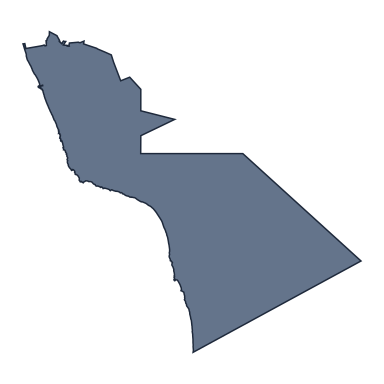 outline of Playas de Rosarito, Baja California, Mexico
{"feature_id": "50627088B91471061308984", "entity_name": "Playas de Rosarito", "entity_type": "district", "adm_level": 2, "iso_a3": "MEX", "parent_name": "Mexico", "parent_adm1": "Baja California", "projection": "orthographic", "projection_center": [-116.976, 32.258], "detail": "fine", "context": "isolated", "style": "filled", "palette": "slate", "viewbox_px": 384, "rotation_deg": 0, "n_neighbors": 0, "source": "geoboundaries", "source_scale": "gbopen_adm2", "svg_char_len": 5479}
<svg xmlns="http://www.w3.org/2000/svg" viewBox="0 0 384 384"><path d="M361.0,261.0L242.8,153.6L140.7,153.6L140.8,135.7L174.7,119.4L140.8,110.8L140.8,89.3L129.7,77.2L120.7,80.8L113.6,62.2L111.3,54.9L105.0,52.1L97.9,49.1L97.3,48.8L96.7,48.3L87.9,45.4L83.6,43.9L84.0,41.1L80.1,42.7L78.6,42.4L78.4,42.2L69.4,43.0L69.0,45.6L69.2,46.1L68.2,46.2L67.4,46.1L67.0,45.9L67.2,45.5L66.9,45.5L66.4,45.3L64.5,45.2L63.4,45.0L65.7,41.5L63.7,41.3L63.4,41.1L61.8,43.3L62.1,43.5L61.9,43.8L59.4,41.6L59.8,41.2L59.4,40.8L59.3,40.6L59.4,40.2L57.4,36.6L57.2,36.4L57.0,35.7L49.4,31.7L49.3,35.3L47.1,38.9L47.0,39.9L46.1,40.8L46.4,41.0L46.2,41.3L46.3,41.4L46.2,42.6L46.4,42.6L46.3,44.7L46.4,45.5L45.0,45.9L44.1,45.0L43.2,45.4L41.0,45.9L25.9,48.5L24.8,43.6L23.0,43.9L23.5,45.3L23.8,46.4L24.8,49.8L26.1,53.7L26.3,54.5L26.3,56.2L27.3,59.8L28.4,61.6L30.3,65.3L30.8,66.0L31.9,68.7L32.2,69.2L32.4,70.2L33.1,71.5L33.4,72.1L33.9,72.9L34.2,73.7L35.1,74.7L35.4,75.1L36.4,76.8L37.1,78.0L38.1,80.0L38.8,81.8L39.3,82.9L39.4,83.2L39.8,85.3L39.7,85.7L39.3,85.8L38.8,85.9L38.4,86.1L38.2,86.5L38.1,86.8L38.2,87.0L38.5,87.4L39.2,87.8L39.4,87.6L38.5,87.0L38.4,86.9L38.5,86.5L38.6,86.4L39.0,86.2L40.8,85.8L42.6,85.2L42.7,85.7L38.9,86.6L38.9,86.8L39.5,86.8L39.8,86.8L40.6,87.3L40.8,87.6L40.8,87.9L40.7,88.2L40.4,88.3L39.9,88.0L40.9,88.9L41.8,89.0L42.2,90.0L41.8,90.3L42.4,90.2L42.2,89.4L42.3,89.4L42.5,90.0L42.8,90.3L43.0,91.1L43.0,91.8L43.4,92.8L43.6,93.8L44.1,95.1L44.3,96.2L45.2,99.0L45.4,99.3L46.3,101.9L47.3,104.3L47.5,104.6L47.5,104.9L47.8,105.3L48.7,107.7L49.7,109.8L50.2,111.1L51.3,113.2L51.6,114.1L52.2,115.1L52.8,116.3L53.2,117.7L53.6,118.4L53.8,119.1L54.3,120.2L55.0,121.0L55.8,123.0L56.0,123.3L56.4,124.2L56.8,126.0L57.2,127.1L57.6,127.8L58.1,129.1L58.8,130.1L58.7,130.6L58.6,130.9L58.4,131.0L58.5,131.2L58.9,131.5L59.0,131.8L58.8,132.4L58.8,132.5L58.6,132.8L58.7,133.1L58.6,133.4L59.3,133.3L59.9,134.0L59.7,134.2L59.7,134.5L59.8,134.8L60.1,135.2L60.4,135.3L60.3,135.8L60.3,136.0L60.3,136.7L60.1,137.0L59.9,137.0L59.9,137.5L60.0,137.7L59.9,137.7L59.8,137.9L59.7,138.1L59.9,138.4L60.3,138.4L60.5,138.6L60.7,138.9L60.8,139.3L60.7,139.5L60.6,139.9L60.8,140.1L60.6,140.5L60.7,140.9L60.8,140.9L60.9,141.1L61.2,141.1L61.4,141.1L61.8,140.9L62.0,141.3L61.9,141.6L62.0,141.8L62.3,142.0L62.3,142.5L62.5,142.8L62.6,143.0L62.9,144.7L63.6,147.1L63.5,147.6L63.4,147.5L63.1,147.6L63.3,148.0L63.3,148.6L63.8,149.2L63.8,149.4L63.6,149.8L64.4,150.0L64.5,150.1L64.9,150.2L65.2,150.8L65.3,150.9L65.3,151.3L65.7,152.0L65.6,152.3L66.5,153.4L66.6,153.7L66.3,154.2L66.4,154.4L66.6,154.6L66.8,155.0L66.9,155.6L66.9,156.1L66.9,156.4L67.6,157.5L67.7,157.9L67.4,158.8L67.1,159.4L67.1,159.7L67.3,160.1L67.7,160.6L67.4,161.2L67.4,162.7L67.9,163.9L68.3,164.6L68.3,165.7L69.4,167.6L71.3,169.7L71.4,170.3L71.7,170.5L72.1,170.3L71.8,169.8L72.4,169.5L73.4,169.7L74.8,171.3L74.8,172.0L74.6,172.3L75.1,173.0L75.1,174.1L75.6,174.5L76.3,174.5L77.7,175.5L79.3,178.0L79.2,180.3L79.8,181.0L80.2,181.8L80.8,181.9L81.0,181.5L81.2,181.4L81.5,181.5L82.2,182.2L83.0,182.7L83.3,182.8L83.6,182.2L84.0,181.9L84.8,181.5L85.8,180.8L87.7,181.0L88.7,181.6L90.7,181.6L91.8,182.0L93.6,184.0L95.2,184.6L95.5,185.5L96.1,186.0L96.8,186.1L97.3,186.1L97.6,186.0L98.1,186.1L99.0,186.4L99.3,186.7L100.5,187.1L100.7,187.4L100.9,187.3L101.2,186.9L101.7,187.1L102.4,187.4L102.6,187.8L103.5,188.3L103.4,188.5L103.8,188.5L104.6,188.1L106.8,188.7L107.3,188.8L109.3,189.6L109.8,190.2L110.0,190.5L110.5,190.7L111.4,189.8L112.2,189.9L113.2,190.5L113.8,190.7L115.9,191.3L117.0,191.3L118.0,191.5L119.6,192.1L120.3,192.9L121.3,192.6L121.9,192.9L122.4,193.4L122.5,193.8L123.8,194.1L125.5,195.4L126.5,195.7L127.1,196.0L128.3,196.1L130.1,197.2L130.6,197.1L131.4,197.1L131.6,197.3L132.2,197.2L133.4,197.6L134.0,197.5L134.6,197.7L135.6,198.2L137.2,199.5L140.0,201.2L141.3,201.9L141.9,201.7L142.7,202.0L145.8,203.3L147.8,204.7L148.2,205.2L149.9,206.0L150.9,206.6L152.4,208.0L153.1,208.5L154.7,210.4L156.6,212.9L157.2,213.9L160.4,218.8L161.6,220.8L162.2,222.1L163.7,226.7L164.3,228.2L164.5,228.4L165.3,230.2L166.0,232.4L166.5,233.3L166.8,235.2L167.1,235.8L167.7,237.7L168.3,241.0L168.7,243.7L169.0,244.7L169.6,249.4L169.6,251.4L169.3,252.6L169.4,253.6L169.6,254.3L169.2,255.9L169.2,256.9L169.7,258.1L170.3,259.3L170.3,260.1L170.3,260.6L171.0,260.7L171.3,261.7L172.0,262.0L172.4,262.4L172.1,263.5L171.9,264.0L171.9,264.7L172.0,265.4L172.8,266.6L173.8,269.3L173.7,270.2L173.9,271.7L174.2,272.5L174.5,275.0L174.2,275.6L174.4,275.9L174.6,276.3L174.3,277.1L174.0,277.2L174.1,277.4L174.3,277.5L174.7,278.9L174.4,279.3L174.0,279.4L174.1,279.6L174.4,279.6L174.6,280.0L174.4,280.2L174.2,280.2L174.2,280.4L174.4,280.5L174.5,280.7L174.9,280.6L175.2,280.0L175.3,280.2L175.6,279.8L176.1,279.9L176.1,280.3L176.3,279.9L176.6,279.9L177.1,280.0L177.6,280.4L178.2,281.3L179.9,284.4L180.4,285.6L180.6,286.4L181.2,287.7L181.3,288.1L181.3,289.5L181.5,289.9L181.4,290.1L181.0,290.7L181.8,291.0L183.8,292.2L184.0,293.2L184.3,294.8L184.6,295.7L184.7,296.8L184.6,297.8L184.8,298.3L184.8,298.8L184.7,299.2L184.4,299.7L184.6,300.1L185.4,301.2L185.6,301.8L185.6,302.4L185.9,303.5L186.5,304.2L186.5,304.9L186.6,305.6L186.8,306.1L187.8,307.4L188.9,309.1L189.3,311.2L189.6,311.8L189.7,312.7L189.8,314.1L190.5,316.9L190.8,318.9L191.3,320.2L191.5,321.6L191.9,325.5L192.1,326.6L192.1,327.1L192.1,328.0L192.2,328.6L192.3,329.6L192.4,330.8L192.2,331.5L192.7,334.4L192.7,335.6L193.0,339.4L193.0,342.6L193.2,345.0L193.1,346.7L193.4,350.2L193.1,352.3L284.8,302.4L361.0,261.0Z" fill="#64748b" stroke="#1e293b" stroke-width="1.5"/></svg>